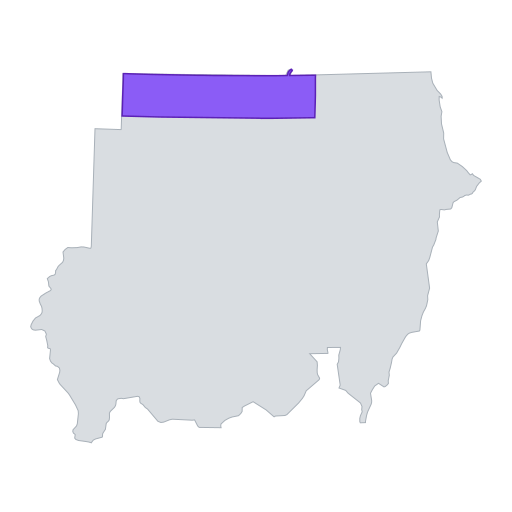 Halfa, Northern, Sudan (highlighted)
{"feature_id": "16777658B39778167930026", "entity_name": "Halfa", "entity_type": "district", "adm_level": 2, "iso_a3": "SDN", "parent_name": "Sudan", "parent_adm1": "Northern", "projection": "orthographic", "projection_center": [30.005, 21.349], "detail": "fine", "context": "in_parent", "style": "filled", "palette": "violet", "viewbox_px": 512, "rotation_deg": 0, "n_neighbors": 0, "source": "geoboundaries", "source_scale": "gbopen_adm2", "svg_char_len": 4533}
<svg xmlns="http://www.w3.org/2000/svg" viewBox="0 0 512 512"><path d="M365.5,422.6L360.3,422.8L359.8,421.6L359.8,418.3L360.4,415.8L362.2,411.8L361.7,409.6L362.0,406.5L360.5,403.0L348.1,393.2L345.7,390.4L339.0,388.0L340.2,385.1L337.2,364.3L338.5,361.9L338.9,358.3L338.8,355.1L340.3,349.7L340.5,347.4L327.4,347.5L327.3,349.8L327.9,352.4L327.9,353.4L309.7,353.7L317.1,361.8L317.4,365.4L317.1,369.9L317.2,372.7L317.6,374.6L319.6,378.2L319.5,378.9L319.0,379.8L306.2,390.8L304.0,395.9L302.3,398.5L298.6,403.0L286.8,414.7L284.9,415.5L275.8,416.0L274.9,416.3L274.2,416.8L273.9,416.7L266.1,409.9L253.1,401.7L244.5,406.0L242.2,407.5L242.1,411.5L240.8,413.5L238.5,415.7L232.1,417.0L228.8,418.2L224.9,420.4L221.0,424.0L220.7,426.0L221.1,427.7L199.2,427.4L197.7,426.0L194.6,419.9L192.3,420.2L172.3,419.2L169.5,419.8L163.7,422.1L160.9,422.5L157.9,421.3L147.5,409.0L145.3,407.5L142.9,404.6L140.7,403.2L140.0,402.3L139.8,401.0L139.9,398.4L139.1,396.7L137.5,396.3L123.4,398.7L121.4,398.3L118.4,398.7L117.4,399.1L116.2,400.7L115.9,404.0L115.5,405.6L114.4,407.4L110.3,411.4L109.4,413.1L109.5,417.6L109.2,419.9L108.6,420.9L106.8,422.6L106.2,423.6L105.4,429.3L103.2,432.7L102.6,433.9L102.5,436.4L102.1,437.2L95.7,438.9L93.3,440.1L91.8,442.0L91.4,442.8L88.7,442.0L85.2,441.4L78.6,440.5L75.9,439.5L74.7,438.1L75.2,434.6L74.5,433.9L73.5,433.2L72.8,431.6L73.0,429.8L76.5,426.0L77.3,423.8L78.4,413.8L78.2,410.7L75.5,404.9L69.4,394.8L67.9,392.8L60.1,384.4L59.2,383.1L57.4,379.6L59.7,372.2L59.9,370.2L59.4,368.0L57.4,366.3L55.6,366.0L53.3,363.9L51.8,362.9L50.5,361.1L49.6,358.6L50.5,349.8L50.1,348.6L48.1,348.2L47.6,347.5L47.8,345.8L46.8,340.7L45.7,336.5L46.4,334.2L44.9,331.0L41.7,329.5L35.4,330.2L33.4,329.9L32.1,329.2L31.2,328.0L30.7,326.7L31.2,324.6L33.1,320.9L35.5,318.0L40.1,315.4L41.3,313.9L42.1,312.3L42.2,310.4L42.0,308.3L41.6,306.5L40.3,304.0L39.2,301.0L39.2,299.1L39.8,297.7L41.1,296.1L45.7,293.1L50.4,290.6L51.2,289.6L50.9,288.5L48.9,286.1L48.4,281.7L47.3,278.6L49.7,276.5L51.4,275.7L54.1,275.1L55.2,274.2L55.6,272.4L55.6,270.7L56.6,269.4L58.0,266.7L59.0,265.5L62.6,262.3L63.5,260.3L63.8,258.2L63.0,252.0L65.1,249.5L67.8,247.5L71.4,247.8L77.2,247.6L81.1,246.9L83.9,247.0L90.3,248.4L90.9,248.0L91.3,246.3L95.0,128.7L120.9,129.6L121.2,129.4L123.0,73.7L284.4,75.7L285.7,75.4L288.2,70.2L289.3,69.8L291.0,70.1L291.5,71.3L290.2,75.6L430.9,71.8L431.5,78.2L432.8,83.2L437.1,90.4L440.7,94.1L442.0,96.2L442.2,97.2L442.1,98.2L441.0,97.1L439.2,96.5L439.1,99.9L440.2,106.9L441.9,111.7L441.1,116.3L441.5,123.9L443.7,133.0L443.6,138.9L447.2,152.4L450.4,159.9L452.0,161.7L453.8,162.6L457.3,163.1L462.5,166.7L466.7,170.6L468.2,172.6L470.2,174.9L471.5,174.4L472.3,173.7L473.7,175.5L480.3,179.3L481.3,181.1L479.1,183.1L476.6,186.4L475.4,189.5L474.8,190.5L472.8,192.4L472.4,193.3L471.5,194.0L470.6,194.1L468.4,195.2L466.5,195.0L464.5,195.6L463.8,196.4L462.2,197.1L460.1,197.5L456.9,200.2L454.1,201.6L453.1,202.6L451.8,207.7L450.7,209.0L446.4,209.4L444.3,209.9L441.4,209.5L440.1,209.6L439.7,210.7L439.4,215.0L439.5,216.9L437.3,221.9L438.3,231.0L436.1,237.9L435.9,239.5L433.7,245.1L432.5,247.1L429.8,257.4L428.7,260.5L426.3,263.9L429.6,288.1L427.6,295.7L427.8,299.7L426.5,305.8L425.3,308.6L423.4,312.0L421.9,315.8L420.6,320.8L419.9,330.1L419.4,331.0L411.6,332.4L409.2,333.2L407.6,334.3L405.6,336.7L401.8,343.4L399.8,347.5L396.6,353.1L392.9,357.1L392.1,359.0L391.5,362.5L390.2,368.1L389.0,372.1L389.3,375.3L388.2,380.8L388.4,383.5L387.1,385.0L385.3,386.5L384.0,386.9L378.5,383.3L374.7,386.0L372.4,389.6L370.5,393.2L371.7,400.8L371.6,402.5L371.1,404.3L367.6,411.9L366.6,415.3L365.5,421.2L365.5,422.6Z" fill="#d9dde1" stroke="#a8b0b8" stroke-width="1"/><path d="M315.5,75.2L298.6,75.4L297.4,75.4L289.6,75.5L289.7,74.5L289.9,73.9L290.2,73.3L290.7,72.3L290.8,72.2L291.8,71.3L292.3,70.2L291.7,69.9L291.5,69.3L291.2,69.2L289.9,70.2L289.7,70.3L288.8,71.3L288.7,71.5L288.0,72.6L287.8,73.9L287.2,75.5L286.9,75.5L276.3,75.7L276.2,75.7L265.6,75.7L255.1,75.7L244.8,75.6L244.6,75.6L234.2,75.6L223.9,75.5L213.4,75.5L203.0,75.3L199.3,75.3L197.7,75.3L192.7,75.2L182.0,75.0L171.5,74.8L160.9,74.6L150.5,74.4L140.1,74.1L129.8,73.8L127.5,73.7L125.1,73.6L123.5,73.6L123.4,73.6L123.3,80.6L123.0,88.2L122.7,95.9L122.5,103.5L122.3,111.0L122.1,116.0L159.6,117.0L260.4,118.2L261.1,118.4L261.3,118.3L263.9,118.3L272.5,118.3L313.8,117.7L314.8,117.7L315.0,110.8L315.1,106.6L315.2,104.0L315.4,95.4L315.4,94.6L315.4,94.3L315.4,93.9L315.4,93.6L315.4,88.4L315.4,83.7L315.4,83.4L315.4,79.3L315.4,77.8L315.4,77.7L315.5,75.7L315.5,75.3L315.5,75.2Z" fill="#8b5cf6" stroke="#5b21b6" stroke-width="1.5"/></svg>